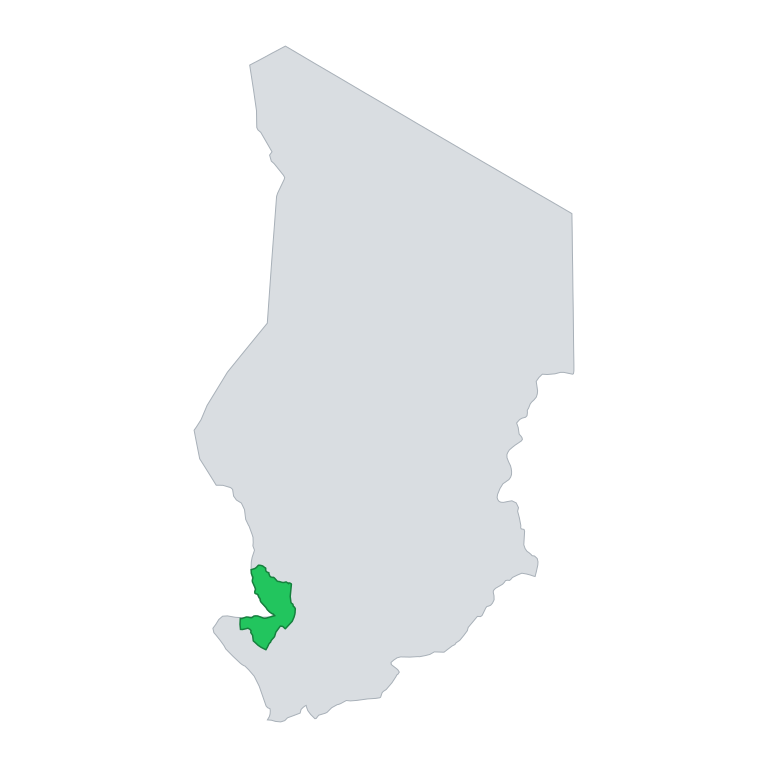 Chad, with Mayo-Kebbi Est highlighted
{"feature_id": "TCD-1486", "entity_name": "Mayo-Kebbi Est", "entity_type": "Prefecture", "adm_level": 1, "iso_a3": "TCD", "parent_name": "Chad", "parent_adm1": "", "projection": "natural_earth1", "projection_center": [15.507, 10.186], "detail": "fine", "context": "in_parent", "style": "filled", "palette": "green", "viewbox_px": 768, "rotation_deg": 0, "n_neighbors": 0, "source": "natural_earth", "source_scale": "10m", "svg_char_len": 5824}
<svg xmlns="http://www.w3.org/2000/svg" viewBox="0 0 768 768"><path d="M571.9,213.6L572.2,232.5L572.4,251.4L572.7,270.3L572.9,289.1L573.2,308.0L573.4,326.9L573.6,345.8L573.9,364.7L573.9,370.9L573.5,373.4L573.3,373.8L572.6,374.2L564.0,372.4L560.3,372.4L555.0,373.8L547.3,374.5L542.3,374.2L538.9,377.5L536.2,381.4L537.6,390.8L537.3,393.9L536.3,397.1L534.0,399.9L531.6,402.1L530.2,404.0L528.5,408.3L527.3,410.2L527.4,412.9L527.0,415.7L525.6,417.2L522.0,418.2L519.7,419.5L517.9,421.5L516.6,423.0L517.3,424.9L518.2,427.6L518.8,431.8L519.2,434.2L521.0,436.2L522.0,437.7L522.4,439.4L521.4,440.9L517.0,443.9L515.3,445.0L513.3,446.6L512.5,447.2L509.3,450.0L507.7,452.6L506.9,454.7L507.0,457.7L508.7,462.1L510.5,465.8L511.2,468.6L511.6,471.7L511.5,474.6L510.6,477.2L509.0,479.5L502.9,483.8L500.0,488.5L497.6,494.3L497.1,497.4L497.7,499.5L499.0,501.3L500.8,502.2L503.4,502.4L507.8,501.5L511.9,500.8L516.2,502.9L518.5,507.7L517.6,511.2L519.3,517.6L520.8,525.4L520.7,527.9L521.3,528.9L524.0,529.4L524.6,531.2L523.8,544.8L525.1,548.6L527.0,551.3L529.0,552.7L531.1,554.5L532.1,555.7L534.5,556.0L537.2,558.5L538.0,561.8L537.8,565.0L536.3,571.8L535.1,576.5L533.5,576.1L530.3,575.0L526.5,574.0L521.8,573.2L517.3,575.1L512.4,577.5L510.9,579.3L509.6,580.4L507.4,580.2L505.5,580.6L504.4,582.3L502.6,584.2L495.7,588.2L494.2,589.6L493.3,591.0L493.3,592.6L494.0,595.8L494.1,599.8L492.5,603.1L490.7,605.2L488.6,606.1L486.9,606.5L485.8,607.9L482.2,615.3L480.6,616.6L477.4,616.4L468.2,627.4L467.3,630.7L463.9,635.3L459.7,640.4L455.9,642.9L455.6,643.8L454.5,644.8L452.2,645.9L444.0,652.2L434.3,651.9L429.9,654.4L425.7,655.5L419.6,656.7L417.7,656.6L409.9,657.1L400.6,656.9L397.1,657.8L393.7,660.1L391.3,662.2L390.9,662.9L391.3,663.8L391.2,664.5L397.7,669.6L399.3,672.1L397.7,674.5L396.9,674.8L396.8,675.0L395.8,676.9L392.0,682.7L386.2,689.5L383.3,691.4L382.1,692.7L380.6,697.2L379.6,697.8L375.6,698.4L367.7,698.9L356.9,700.4L350.4,700.9L346.3,700.5L340.6,703.6L338.6,704.4L337.3,704.6L331.7,707.7L327.0,712.4L325.3,713.2L318.7,715.2L316.1,718.5L314.9,718.7L310.7,714.5L307.8,710.6L306.4,706.7L306.2,705.4L305.4,705.7L303.1,707.4L301.1,709.4L300.1,713.1L293.3,715.7L287.5,717.8L284.8,720.6L280.7,721.9L275.5,721.4L271.4,720.2L267.4,719.9L269.4,716.5L270.1,713.9L270.3,710.8L270.0,708.7L267.6,707.7L266.1,706.0L262.7,696.2L259.2,686.2L254.2,676.2L248.8,669.9L244.9,666.0L243.7,665.6L241.7,664.3L240.3,663.2L233.2,656.5L225.8,649.0L223.9,645.5L220.2,640.4L216.0,635.1L213.9,632.7L212.9,628.3L215.8,624.4L218.8,619.5L222.6,616.2L227.4,615.9L235.4,617.3L244.1,617.8L252.6,616.8L254.8,616.0L257.0,616.1L261.6,617.2L269.7,617.0L273.8,615.0L269.3,611.6L264.5,606.2L260.0,600.2L257.3,594.8L254.8,587.9L252.5,579.4L251.1,568.3L251.3,562.0L252.1,557.5L254.5,550.2L252.9,545.9L253.2,542.5L253.0,537.3L252.2,534.7L249.1,526.2L248.5,525.3L245.7,519.4L244.5,509.6L241.4,503.1L236.4,500.0L233.6,496.1L232.6,489.4L230.6,487.6L222.8,485.3L216.2,485.2L211.5,477.6L205.4,467.8L199.7,458.8L196.1,440.6L194.1,430.2L196.4,427.0L201.1,419.6L207.1,405.4L220.5,383.5L227.4,372.2L241.0,355.4L257.8,334.8L267.3,323.2L268.8,302.0L270.4,279.6L271.6,262.7L273.1,242.6L274.4,225.8L275.3,213.6L276.6,196.3L277.7,193.0L284.2,179.4L284.7,177.5L283.5,175.3L274.2,163.7L271.3,161.1L269.6,155.1L272.0,151.8L260.8,132.4L258.0,130.0L256.8,127.6L256.7,124.1L256.5,110.7L253.5,89.7L249.7,65.1L262.8,58.2L272.7,52.8L285.4,46.1L297.1,53.0L314.2,63.1L331.3,73.1L348.3,83.1L365.4,93.2L382.6,103.2L399.7,113.2L416.8,123.3L434.0,133.3L451.2,143.3L468.4,153.4L485.6,163.4L502.8,173.4L520.1,183.5L537.3,193.5L554.6,203.5L571.9,213.6Z" fill="#d9dde1" stroke="#a8b0b8" stroke-width="1"/><path d="M263.9,618.3L266.0,618.2L274.1,615.9L274.7,615.7L273.2,614.0L271.9,613.6L269.5,611.9L267.8,610.2L267.3,609.7L266.0,607.5L261.0,602.1L260.6,601.4L260.3,600.6L260.3,599.5L260.1,598.7L259.8,598.2L259.3,597.7L258.8,597.0L258.3,595.5L258.0,594.7L257.2,594.3L257.0,594.1L256.8,593.9L256.4,593.9L256.0,593.8L255.6,593.7L255.3,593.5L255.0,593.3L254.8,592.5L254.8,591.4L255.1,590.4L255.4,589.7L255.5,589.0L255.2,588.0L252.4,581.8L252.3,580.2L252.8,578.4L252.9,577.4L252.7,576.6L252.3,576.0L251.3,573.3L251.1,569.7L254.3,568.7L255.0,568.4L255.5,568.1L256.7,567.1L257.5,566.2L257.8,566.0L257.9,565.8L258.1,565.5L258.3,565.4L258.6,565.2L258.9,565.2L260.8,565.4L262.5,565.9L262.8,566.1L263.5,566.5L264.7,567.6L265.0,567.7L265.3,567.8L265.7,568.2L265.7,570.2L265.9,570.9L266.5,571.6L267.1,572.1L267.7,572.4L268.3,572.6L268.7,572.6L268.9,572.9L268.9,573.7L269.1,574.3L269.4,575.1L269.9,576.2L270.3,576.6L270.9,577.0L271.5,577.2L272.1,577.4L273.0,577.3L273.6,577.4L274.2,577.8L274.9,578.5L277.1,581.0L277.8,581.4L279.2,581.5L282.1,582.4L283.5,582.5L284.3,582.4L285.7,582.0L286.3,582.0L288.3,583.4L288.6,583.6L289.0,582.9L290.0,583.1L291.2,583.8L291.3,584.1L291.4,584.3L290.2,596.5L290.9,602.0L291.0,602.5L291.2,602.9L291.6,603.3L291.9,603.5L292.4,603.9L292.6,604.0L292.8,604.2L292.9,604.5L293.1,605.1L293.2,605.9L293.4,606.4L294.3,607.0L294.6,607.4L295.1,608.3L295.2,608.5L295.3,609.0L295.1,611.3L295.1,612.3L294.8,614.3L294.0,617.2L292.4,620.9L292.1,621.4L285.4,628.7L285.2,628.7L284.9,628.5L283.1,626.7L282.3,626.3L281.0,626.2L280.7,626.1L280.2,626.2L276.0,632.0L275.7,632.6L275.6,633.1L274.6,636.4L274.5,636.6L274.4,636.8L271.7,639.9L270.9,641.1L270.7,641.8L270.4,642.4L270.1,642.6L269.7,642.8L269.6,643.0L269.3,643.5L269.0,643.8L268.7,644.3L268.3,645.3L268.2,645.4L267.3,647.4L267.1,647.7L266.8,648.1L266.2,649.3L265.9,649.7L263.6,648.6L260.9,647.2L258.0,645.2L254.7,642.1L253.3,640.9L252.6,635.3L250.8,632.6L251.0,630.5L249.8,629.2L247.9,628.2L246.0,628.7L242.5,629.5L240.5,629.4L240.0,624.3L240.3,618.5L241.8,618.6L246.3,617.0L248.0,617.1L250.1,617.6L251.2,617.7L252.2,617.5L252.6,617.2L253.3,616.5L253.7,616.2L254.0,616.1L255.7,615.9L257.8,616.0L263.9,618.3Z" fill="#22c55e" stroke="#15803d" stroke-width="1.5"/></svg>